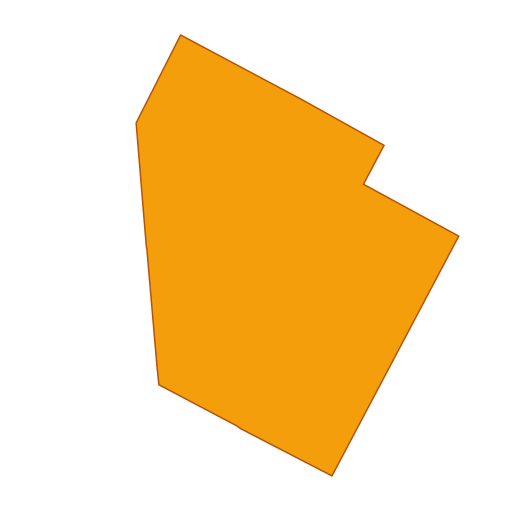 Decatur, Indiana, United States of America, rotated 118°
{"feature_id": "52423323B40737973056540", "entity_name": "Decatur", "entity_type": "district", "adm_level": 2, "iso_a3": "USA", "parent_name": "United States of America", "parent_adm1": "Indiana", "projection": "mercator", "projection_center": [-85.465, 39.292], "detail": "fine", "context": "isolated", "style": "filled", "palette": "amber", "viewbox_px": 512, "rotation_deg": 118, "n_neighbors": 0, "source": "geoboundaries", "source_scale": "gbopen_adm2", "svg_char_len": 345}
<svg xmlns="http://www.w3.org/2000/svg" viewBox="0 0 512 512"><g transform="rotate(118 256 256)"><path d="M415.3,281.3L415.0,193.0L415.7,188.6L414.5,85.7L319.6,85.9L143.3,86.3L142.2,194.8L98.2,194.9L96.4,288.6L96.3,426.3L194.8,424.3L298.0,358.0L301.9,355.1L400.1,291.5L415.3,281.3Z" fill="#f59e0b" stroke="#b45309" stroke-width="1.5"/></g></svg>